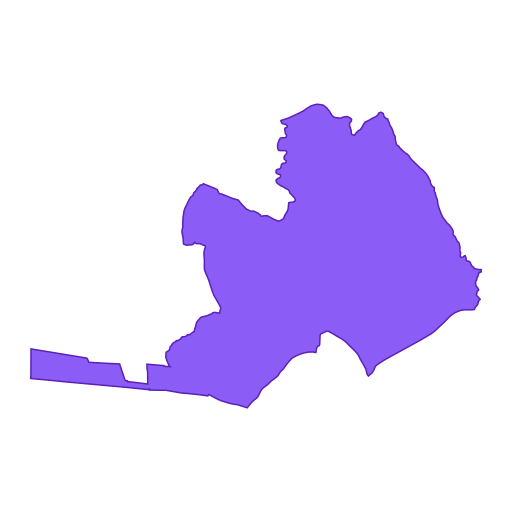 outline of Totolac, Tlaxcala, Mexico
{"feature_id": "50627088B53783238434926", "entity_name": "Totolac", "entity_type": "district", "adm_level": 2, "iso_a3": "MEX", "parent_name": "Mexico", "parent_adm1": "Tlaxcala", "projection": "albers", "projection_center": [-98.25, 19.338], "detail": "fine", "context": "isolated", "style": "filled", "palette": "violet", "viewbox_px": 512, "rotation_deg": 0, "n_neighbors": 0, "source": "geoboundaries", "source_scale": "gbopen_adm2", "svg_char_len": 6124}
<svg xmlns="http://www.w3.org/2000/svg" viewBox="0 0 512 512"><path d="M247.2,407.8L249.9,404.6L251.1,403.0L252.5,401.4L255.3,399.2L257.0,397.7L257.6,397.0L258.3,396.0L260.6,391.2L262.0,389.1L263.6,387.6L267.6,384.6L270.9,381.3L272.2,380.2L273.9,379.1L276.7,376.8L278.1,375.5L280.2,372.0L283.6,368.7L286.0,365.2L289.1,361.3L291.9,358.3L295.8,356.0L300.1,354.2L303.8,353.0L308.3,352.1L313.1,352.0L315.8,352.6L316.7,348.1L317.1,346.9L317.8,346.3L319.1,345.7L319.4,345.3L319.7,344.4L320.0,336.9L320.1,335.4L320.8,333.9L326.7,331.2L327.6,331.1L328.4,331.3L332.0,333.2L337.4,336.5L339.9,337.8L341.7,338.9L345.3,341.5L349.9,346.1L353.5,349.5L356.4,352.6L357.6,354.2L358.3,355.1L360.3,359.2L362.6,363.1L365.8,369.0L366.1,369.8L366.9,373.7L367.3,374.6L368.4,376.0L371.8,373.1L373.6,370.6L375.3,366.6L376.3,365.4L378.8,363.6L385.5,359.3L420.5,340.1L431.1,333.8L434.6,331.2L444.5,321.9L449.3,317.0L452.2,314.5L455.0,312.7L458.8,311.0L461.6,310.2L465.2,309.8L471.8,309.9L474.4,309.5L474.7,308.4L475.5,306.9L476.2,306.4L477.3,305.0L477.9,303.9L478.2,302.9L478.3,302.2L478.1,301.7L480.2,299.2L476.4,295.2L476.9,292.9L477.0,291.8L477.4,291.1L478.2,290.6L478.6,290.1L478.6,289.5L477.5,287.6L476.4,286.1L476.0,285.7L475.6,284.4L475.6,282.4L476.1,280.8L476.5,280.4L476.8,279.4L477.0,277.7L478.0,276.3L478.1,275.5L479.1,272.6L479.2,272.4L479.9,272.5L480.3,272.4L480.6,272.2L481.2,271.9L481.3,269.6L480.2,269.5L479.0,269.7L478.1,269.4L475.3,268.8L474.6,268.6L473.9,268.1L473.6,267.1L472.8,266.9L472.4,266.5L471.3,265.0L470.8,264.0L470.7,263.3L469.6,261.6L469.0,261.3L467.1,260.9L466.6,260.7L466.3,260.3L466.1,259.9L466.1,258.1L465.2,255.6L464.3,255.9L463.6,256.6L462.8,257.1L462.2,257.3L461.5,257.3L460.5,256.9L460.2,256.4L460.3,255.1L460.6,253.8L460.6,252.3L459.9,251.1L459.9,248.9L460.1,247.7L459.9,246.7L459.6,245.7L459.4,244.0L458.7,242.4L457.6,241.5L456.8,240.4L455.4,237.1L454.7,236.2L453.9,235.5L453.3,234.9L453.0,234.4L453.0,233.6L453.2,232.4L453.1,231.0L452.7,230.0L451.6,228.1L449.6,225.2L447.2,223.1L442.8,217.3L441.3,214.0L439.1,208.3L437.8,203.8L437.5,200.3L435.6,195.0L435.4,193.0L434.7,192.3L434.3,191.2L434.3,187.5L432.8,186.6L431.5,185.1L430.6,183.2L430.2,180.8L427.8,176.1L425.5,172.9L422.3,169.7L420.4,168.2L412.0,160.1L409.9,157.5L409.0,155.9L407.6,154.4L405.2,152.9L401.7,149.8L400.8,148.6L399.6,147.7L399.1,146.6L397.7,145.5L396.9,145.1L396.4,144.1L395.4,140.0L395.1,136.1L394.4,135.5L393.5,133.3L392.9,131.0L391.7,128.0L389.9,125.1L389.3,122.8L388.2,120.9L387.7,118.9L386.0,118.4L384.0,116.3L383.3,113.5L380.9,112.2L378.9,112.9L377.9,114.7L376.3,116.4L372.2,118.3L368.6,120.5L366.9,121.2L365.0,122.2L363.3,124.8L361.9,127.4L360.3,129.7L357.9,131.0L355.7,133.4L354.6,135.3L352.6,134.8L351.5,134.2L351.4,132.7L351.1,130.3L350.1,126.9L349.4,124.9L350.0,122.5L351.3,121.3L351.6,119.2L350.1,117.9L347.3,116.5L344.6,116.8L342.6,117.2L341.0,118.2L334.7,117.5L332.0,115.5L329.7,111.6L326.4,107.5L323.1,105.1L320.5,104.6L317.0,104.2L313.3,105.1L310.8,106.0L306.7,108.5L303.2,111.0L298.7,113.3L288.5,118.0L280.9,120.5L281.1,121.6L281.6,122.9L282.5,123.7L284.8,124.2L286.1,124.8L287.2,125.7L287.3,126.6L286.8,127.5L285.9,127.6L285.2,128.0L284.7,128.8L284.7,129.5L285.4,133.6L286.6,135.2L286.5,136.6L285.9,137.4L284.7,137.7L281.3,137.8L280.3,138.2L279.2,139.8L278.7,141.5L277.9,143.2L277.5,146.2L277.7,148.1L278.2,149.8L278.8,150.4L279.6,150.6L285.9,150.7L286.6,151.4L286.7,152.8L286.3,153.8L284.9,155.4L284.1,156.7L284.1,158.9L286.3,161.2L286.0,162.4L285.0,163.3L282.9,163.2L281.6,164.3L281.2,165.7L280.8,167.6L280.0,168.7L277.8,169.3L276.5,169.8L276.0,171.0L276.0,172.3L276.6,173.4L277.6,173.9L280.5,174.9L280.6,176.1L280.0,177.5L278.1,178.3L276.1,180.0L276.2,181.4L276.7,182.6L278.8,184.5L281.7,186.3L283.2,186.8L285.5,188.4L287.6,189.3L288.6,190.3L289.5,191.5L289.7,192.8L292.6,195.8L293.5,197.0L294.6,197.8L295.3,199.9L294.6,201.4L292.6,202.2L290.1,202.3L288.8,202.7L288.5,204.8L288.2,208.3L287.6,210.6L284.6,215.6L284.4,216.4L283.4,218.8L279.7,220.9L278.6,221.0L277.2,220.7L273.7,219.2L267.4,215.7L264.0,215.8L261.2,216.3L260.1,214.7L257.7,213.0L253.4,211.0L251.5,211.2L250.3,211.1L246.3,208.9L242.1,204.7L238.2,200.0L232.2,198.3L221.6,194.0L219.8,193.8L219.2,193.4L218.5,192.4L217.3,189.6L214.6,188.3L203.3,183.7L202.8,184.3L202.7,184.7L201.8,185.1L200.7,184.9L200.3,185.0L198.4,187.4L197.2,188.2L196.2,190.3L194.9,191.8L194.1,192.4L193.5,193.3L193.2,194.9L192.1,196.0L190.7,197.0L188.8,200.3L186.0,206.2L185.0,208.0L184.1,210.7L183.2,216.3L182.9,219.1L182.7,224.8L182.8,227.3L182.1,229.7L182.0,232.3L182.3,233.5L182.2,234.2L182.6,235.0L182.6,235.9L182.9,236.6L182.9,237.8L183.3,239.4L183.2,240.7L183.3,242.1L183.5,243.8L183.9,244.3L186.0,245.0L187.0,245.2L187.7,245.2L188.8,244.9L190.9,244.9L192.5,244.6L193.8,243.7L194.4,242.4L194.7,242.2L195.0,242.4L196.1,243.6L197.6,243.7L199.7,243.6L200.7,243.9L201.8,244.2L202.5,244.9L203.7,245.3L204.8,245.4L205.3,246.4L205.3,247.6L204.6,248.9L204.0,252.6L203.9,253.4L204.4,260.5L204.3,265.9L204.5,269.6L205.5,272.6L207.6,277.3L209.4,282.2L211.4,288.6L212.7,292.3L213.5,294.2L213.6,294.9L219.5,305.1L220.8,307.8L219.5,313.2L215.9,312.5L214.1,312.4L212.6,312.8L211.7,313.8L209.7,314.5L208.6,315.1L206.1,316.0L204.7,316.4L203.6,316.5L201.1,317.2L200.2,318.0L197.0,321.7L196.4,323.1L195.5,326.7L194.8,328.8L194.3,331.4L193.5,331.8L189.4,334.8L187.4,334.8L186.8,335.3L186.6,335.8L185.2,336.6L182.3,336.8L181.5,337.4L180.9,338.5L180.2,339.2L178.2,340.5L177.6,340.6L176.5,340.5L175.7,341.3L175.5,341.8L174.9,342.1L174.0,342.4L173.1,343.1L171.8,344.5L171.6,345.3L170.1,346.9L169.9,348.1L169.1,350.4L166.1,352.2L165.9,355.2L165.8,357.3L166.9,360.8L169.1,365.6L170.1,366.6L164.0,366.3L163.9,365.6L146.9,364.2L147.0,368.7L147.6,371.6L147.7,384.1L147.1,383.9L127.2,381.5L127.3,380.8L125.1,380.4L119.6,363.9L106.2,363.3L88.9,362.3L87.8,359.7L86.8,358.1L31.0,348.9L30.9,375.0L30.7,378.5L50.3,380.3L64.9,381.8L126.8,387.4L147.1,389.5L149.4,389.1L149.3,390.1L164.4,390.3L165.5,390.2L180.7,392.9L185.8,393.4L186.9,393.4L200.8,394.9L207.7,395.9L208.7,394.5L218.6,399.7L221.6,400.9L229.1,403.2L232.5,404.0L236.7,404.6L238.7,405.1L247.2,407.8Z" fill="#8b5cf6" stroke="#5b21b6" stroke-width="1.5"/></svg>